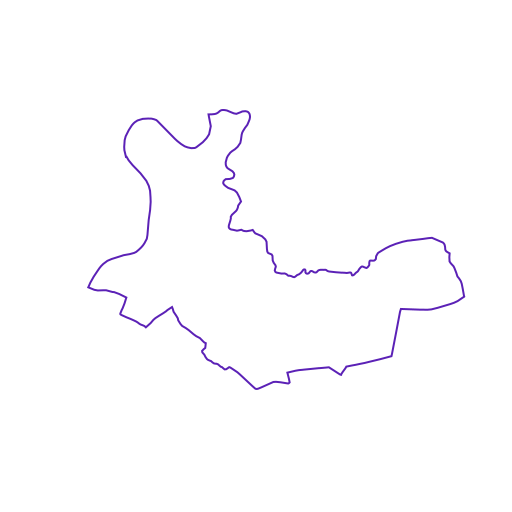 outline of Quan 12, Hồ Chí Minh city, Vietnam, rotated 223°
{"feature_id": "81297802B78652503258302", "entity_name": "Quan 12", "entity_type": "district", "adm_level": 2, "iso_a3": "VNM", "parent_name": "Vietnam", "parent_adm1": "Hồ Chí Minh city", "projection": "mercator", "projection_center": [106.659, 10.861], "detail": "fine", "context": "isolated", "style": "outline", "palette": "violet", "viewbox_px": 512, "rotation_deg": 223, "n_neighbors": 0, "source": "geoboundaries", "source_scale": "gbopen_adm2", "svg_char_len": 5413}
<svg xmlns="http://www.w3.org/2000/svg" viewBox="0 0 512 512"><g transform="rotate(223 256 256)"><path d="M116.2,390.0L118.6,389.4L120.0,389.2L120.9,389.3L122.0,389.8L123.8,391.5L125.5,392.7L126.4,393.1L127.5,393.3L128.6,393.3L130.5,392.6L139.7,389.3L142.2,386.5L145.5,382.4L150.9,376.0L152.9,373.7L153.2,373.2L153.4,373.0L155.7,370.4L156.3,369.5L158.4,366.5L162.0,360.3L164.7,354.7L166.4,350.1L167.6,346.0L168.7,342.0L168.8,341.1L168.5,339.8L168.0,337.8L166.8,336.2L166.3,335.6L166.3,335.0L166.2,334.3L166.5,333.2L167.2,332.4L169.1,330.8L169.4,330.4L169.4,329.7L168.9,328.8L168.3,328.0L167.2,326.9L166.9,326.3L166.8,325.5L166.7,324.1L166.8,323.2L166.9,322.9L167.1,322.5L168.7,321.8L170.7,321.1L171.4,320.5L171.7,319.3L171.6,316.9L171.1,314.5L171.1,313.8L171.5,311.9L171.5,309.4L171.7,308.4L171.9,308.1L172.2,307.6L172.6,307.4L173.4,307.8L174.8,308.5L175.3,308.5L176.0,308.1L178.0,305.5L180.1,303.9L182.5,301.8L186.5,298.6L192.0,294.5L193.4,293.8L195.2,293.6L195.8,293.3L197.0,292.1L199.4,289.9L200.2,288.8L200.6,287.8L200.6,286.0L200.8,285.0L201.4,284.3L201.6,284.2L202.4,283.7L204.4,283.3L205.3,282.8L205.8,282.1L205.8,281.2L205.7,280.0L205.7,279.3L206.1,278.4L206.9,277.7L207.8,277.5L208.8,277.8L209.8,279.0L210.4,279.4L211.0,279.5L211.7,279.0L212.0,278.1L211.7,275.6L211.7,274.0L212.1,271.8L212.9,270.2L213.2,267.7L213.6,266.6L214.5,266.0L216.6,265.3L218.0,264.5L218.9,263.6L219.9,263.5L221.2,263.5L222.3,263.1L223.1,262.8L225.4,260.5L229.8,257.8L231.0,257.6L232.4,258.2L233.4,259.9L234.2,261.7L235.4,262.5L238.4,263.1L240.7,264.1L244.0,267.3L245.6,267.8L249.1,266.5L250.7,266.9L252.8,268.6L258.0,273.6L260.5,274.5L265.2,274.5L269.5,273.0L271.9,272.1L273.2,272.2L273.3,272.2L276.2,272.8L277.2,271.1L279.7,267.8L281.0,266.7L282.4,265.8L284.6,265.2L286.5,262.4L287.2,261.5L290.5,259.6L292.3,258.4L293.8,258.0L295.1,258.2L295.8,258.7L296.8,260.0L298.7,264.0L300.0,266.3L301.2,267.5L301.7,269.7L301.3,275.4L301.5,276.9L302.3,279.0L303.4,280.7L303.6,281.9L304.1,285.6L308.4,287.7L313.2,289.4L316.4,289.4L318.7,288.5L322.9,286.8L326.1,286.4L328.3,286.4L329.8,287.0L330.7,288.5L330.8,290.0L330.5,291.6L327.7,294.5L326.5,296.6L326.1,297.6L326.4,299.1L327.4,300.8L328.8,301.6L331.0,301.9L336.6,300.8L338.7,301.2L340.3,302.1L342.1,303.9L344.3,308.0L344.5,308.7L344.9,310.2L345.3,314.1L345.0,316.4L344.2,319.7L343.9,323.3L344.6,328.0L346.3,330.8L349.2,334.9L350.2,336.8L350.7,338.5L351.4,342.1L351.8,346.0L352.8,348.8L353.2,349.9L353.9,351.6L354.9,353.2L355.7,354.1L356.7,354.9L357.9,355.6L359.0,355.8L359.8,355.9L360.7,355.7L361.5,355.3L362.5,354.7L363.7,353.4L364.6,352.4L365.3,350.7L367.3,346.6L369.5,345.2L372.9,343.9L376.5,342.6L378.4,341.4L379.9,340.1L380.8,339.0L381.3,337.5L381.5,335.4L381.7,334.5L382.1,333.2L383.0,331.7L385.1,329.3L387.3,327.2L385.6,325.9L377.6,320.1L375.0,315.8L373.3,313.0L372.5,308.4L372.5,302.9L373.8,294.9L374.4,293.3L376.9,290.7L380.1,288.8L382.9,287.6L387.1,286.8L392.1,286.4L395.3,286.4L420.4,287.5L421.7,287.4L423.8,286.5L426.1,285.2L428.7,282.9L432.4,279.0L435.1,274.3L435.8,271.4L436.0,269.6L435.9,266.8L434.9,261.3L432.9,254.5L432.8,254.4L431.1,251.2L426.8,245.9L424.4,243.6L421.1,241.4L418.7,239.8L418.4,240.3L414.3,239.1L408.2,238.3L396.8,237.7L387.5,236.2L382.3,234.2L378.0,231.5L373.3,227.1L369.9,223.7L369.1,222.7L364.8,217.4L359.0,209.1L349.7,197.3L347.6,194.1L346.3,189.3L345.9,186.7L345.8,184.0L346.0,180.6L346.4,177.3L347.2,175.2L349.6,171.3L353.3,166.4L353.6,165.9L354.4,164.4L359.5,155.4L361.4,151.1L362.3,146.0L362.4,143.0L362.2,140.3L361.7,136.9L360.6,130.2L359.0,123.6L357.6,119.6L357.3,118.7L351.2,121.0L348.2,122.9L344.2,126.9L342.3,128.7L336.4,131.8L335.2,132.8L330.2,134.9L322.5,137.2L319.8,131.6L317.9,126.8L317.3,124.7L316.0,121.4L315.7,121.0L315.1,120.9L314.5,121.0L313.2,121.4L309.0,122.8L304.9,124.4L301.4,125.6L298.8,126.4L297.2,126.7L295.1,126.9L293.7,127.2L291.8,128.0L289.8,128.7L288.6,128.7L287.9,128.7L287.3,135.1L287.5,139.3L287.2,142.0L286.2,146.0L284.9,150.7L284.1,154.1L283.9,156.1L282.6,161.4L280.7,160.5L278.2,159.0L273.8,158.0L270.7,157.1L269.0,155.9L264.9,154.8L262.3,154.5L258.3,155.4L254.6,155.9L248.3,156.2L245.0,156.6L241.1,157.7L236.9,157.5L234.8,157.5L233.3,158.0L231.4,155.5L230.4,154.1L230.7,152.3L230.7,149.8L229.5,148.9L226.5,148.6L224.1,147.7L221.6,147.2L220.4,147.3L218.6,147.9L217.2,148.5L215.3,148.5L213.4,148.8L213.0,149.1L212.3,149.5L211.4,150.3L209.8,150.9L207.9,150.9L206.2,151.0L205.3,151.5L202.8,151.6L201.6,151.7L200.6,152.8L200.3,154.0L199.8,156.4L198.8,156.9L195.9,157.4L192.2,158.0L190.3,158.3L187.0,158.4L169.8,158.4L166.0,158.5L165.2,158.9L164.5,159.6L163.9,160.5L162.4,163.8L157.4,175.7L155.6,177.6L151.9,180.4L150.1,181.6L145.5,184.7L145.2,185.5L145.2,186.5L148.4,188.8L153.5,192.1L149.5,198.1L148.9,199.0L146.7,201.9L144.1,204.8L143.7,205.3L133.4,217.0L132.7,217.7L129.0,221.8L126.8,224.3L124.1,224.8L120.8,225.4L115.1,226.4L113.6,226.7L113.1,226.9L112.7,227.2L113.0,227.7L113.2,228.3L113.3,229.1L113.5,230.2L113.8,232.7L114.0,234.5L114.3,236.0L114.5,236.7L111.0,241.6L108.9,244.4L106.6,247.7L103.5,252.0L101.3,255.4L94.7,265.4L90.0,272.9L88.6,275.1L89.7,277.0L101.6,296.0L112.6,313.4L113.9,316.1L99.0,329.0L93.7,333.9L91.3,336.6L87.8,342.0L81.1,353.4L79.3,356.8L77.8,360.5L76.4,366.7L76.0,368.2L76.0,368.3L76.7,368.7L82.7,373.2L86.6,376.0L89.1,377.3L92.3,378.1L94.7,378.4L98.1,380.3L102.4,382.4L104.5,383.2L108.6,383.5L110.7,384.0L113.8,387.0L116.2,390.0Z" fill="none" stroke="#5b21b6" stroke-width="2"/></g></svg>